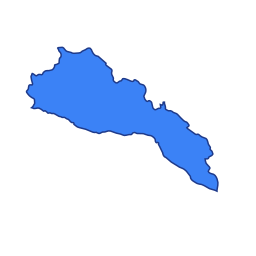 an SVG outline of Cajamarca, rotated 128°
{"feature_id": "PER-578", "entity_name": "Cajamarca", "entity_type": "Department", "adm_level": 1, "iso_a3": "PER", "parent_name": "Peru", "parent_adm1": "", "projection": "equal_earth", "projection_center": [-78.825, -6.177], "detail": "fine", "context": "isolated", "style": "filled", "palette": "blue", "viewbox_px": 256, "rotation_deg": 128, "n_neighbors": 0, "source": "natural_earth", "source_scale": "10m", "svg_char_len": 5140}
<svg xmlns="http://www.w3.org/2000/svg" viewBox="0 0 256 256"><g transform="rotate(128 128 128)"><path d="M104.9,48.2L106.4,46.6L107.7,44.7L108.0,43.3L108.6,39.9L109.1,38.8L110.2,38.5L111.5,38.4L112.7,38.1L113.2,36.7L113.0,35.1L111.8,32.0L111.8,30.1L112.4,28.2L113.3,26.5L115.6,23.6L117.8,22.0L122.4,19.5L123.0,19.0L123.6,21.4L125.6,26.4L126.5,32.6L127.2,35.3L128.4,37.5L129.1,39.3L129.3,40.2L129.7,43.9L129.7,45.0L129.6,46.1L129.2,47.3L128.8,48.0L127.9,48.9L127.6,49.5L126.3,54.5L126.0,56.3L126.0,57.5L126.0,58.7L126.2,59.9L127.2,63.5L127.4,65.8L128.2,72.9L127.9,79.0L127.9,80.2L128.0,80.7L128.2,81.4L128.1,81.9L128.0,82.5L127.5,83.7L126.6,85.0L126.3,85.2L126.1,85.6L123.5,90.9L123.4,91.0L122.3,93.5L122.1,93.9L121.9,94.1L121.2,94.4L121.0,94.7L120.9,95.0L121.0,95.5L121.1,95.8L121.8,96.2L122.0,96.4L122.1,96.8L122.1,97.2L121.5,98.4L121.3,98.6L121.2,98.7L120.7,99.0L120.3,99.5L120.1,99.8L120.0,100.3L119.6,101.6L119.6,102.5L119.7,104.5L120.1,105.6L121.1,107.3L121.4,107.8L121.7,108.8L122.0,109.4L122.8,111.9L123.2,112.7L126.6,117.3L126.9,117.9L127.0,118.3L127.2,119.4L127.3,119.7L127.5,120.1L127.9,120.4L128.6,121.0L129.3,121.2L129.8,121.2L130.4,121.2L130.7,121.2L131.4,121.6L132.5,123.1L134.8,125.0L136.1,126.3L136.6,127.5L137.4,130.2L139.2,134.0L141.2,140.0L142.5,141.8L145.4,143.8L146.9,145.6L149.4,146.8L150.1,147.4L150.4,148.0L150.9,149.8L150.9,150.2L152.3,151.9L152.9,153.1L155.0,160.5L157.7,166.7L158.2,168.1L158.4,169.4L158.4,172.5L158.3,173.0L157.9,173.2L157.6,173.5L157.4,174.2L157.5,174.5L158.2,175.5L158.4,176.0L158.4,177.3L158.1,178.8L157.9,180.2L158.5,182.1L158.6,183.8L158.7,184.5L159.4,185.4L160.2,186.4L160.4,187.7L161.3,189.6L162.0,194.3L162.2,195.3L162.7,196.0L163.2,196.6L163.7,197.3L163.9,198.3L164.1,198.9L164.4,199.2L164.8,199.4L165.2,199.8L165.6,200.5L165.5,201.0L165.4,201.5L165.4,203.3L165.4,203.7L165.7,204.2L166.0,204.5L166.4,204.5L166.6,204.7L166.7,205.4L166.7,207.7L167.1,210.3L168.1,211.7L169.4,212.8L170.6,214.1L170.9,215.2L171.4,216.5L170.0,216.2L169.4,216.2L167.7,216.5L167.2,216.5L166.5,216.6L165.8,216.9L163.1,219.3L162.9,220.1L162.9,220.8L163.2,222.3L163.3,223.8L163.3,225.5L162.9,227.7L162.3,229.8L161.9,230.3L161.4,230.6L159.4,230.5L158.7,230.6L155.9,232.1L155.3,232.2L154.6,232.0L154.1,231.5L153.4,230.5L153.1,230.1L152.5,230.1L151.8,230.5L149.5,233.6L147.5,235.8L146.8,236.3L145.4,236.5L144.9,236.9L144.0,237.0L143.7,236.0L143.6,233.4L143.5,232.8L143.3,232.4L142.8,232.1L141.8,231.8L140.9,231.4L140.1,230.5L139.7,229.8L139.4,229.1L138.9,228.7L138.4,228.5L136.2,228.9L134.0,228.3L132.9,227.4L131.4,225.6L129.2,223.8L128.5,223.5L127.6,223.3L126.0,223.4L125.1,223.6L124.5,223.9L123.6,224.5L123.2,224.5L122.9,224.3L121.7,223.3L119.7,222.4L119.1,222.4L118.9,222.5L117.6,223.5L115.6,224.7L114.7,224.8L113.4,224.7L113.0,224.8L112.1,225.3L111.2,226.0L110.9,226.4L110.4,227.2L110.2,227.8L110.1,228.2L109.9,229.4L109.8,229.7L109.7,230.0L109.5,230.3L109.3,230.5L109.1,230.7L109.0,231.0L108.3,232.6L108.0,232.6L107.6,232.4L105.0,229.6L104.7,229.0L104.6,227.9L104.8,227.1L105.2,225.3L105.3,224.8L105.3,224.1L105.2,223.3L105.0,222.7L103.5,219.3L103.4,218.8L103.3,218.2L102.9,217.3L102.1,216.2L99.3,213.1L98.1,212.0L96.5,211.5L95.7,211.4L92.4,209.7L90.3,209.0L89.4,208.3L89.0,207.9L88.7,207.3L88.5,206.8L88.9,204.9L89.3,204.3L89.8,203.3L90.4,202.0L90.8,200.7L90.9,199.9L91.0,199.1L90.9,198.2L90.7,197.5L89.9,195.6L90.5,185.2L91.1,185.1L91.4,184.9L91.7,184.5L91.9,184.0L92.0,182.9L91.9,177.4L92.1,176.7L92.5,176.1L93.4,175.5L94.7,174.9L95.8,173.8L97.5,170.5L98.1,169.9L99.0,169.4L99.4,169.0L99.7,168.4L99.9,167.7L99.9,166.8L99.9,166.0L99.8,165.2L99.3,164.6L98.9,164.2L96.4,163.5L94.9,162.4L93.7,162.4L92.5,162.5L91.8,161.9L91.1,160.8L90.2,158.2L89.3,154.7L89.0,153.9L88.5,153.1L87.8,152.6L87.2,152.5L86.7,152.7L86.2,152.7L85.7,152.1L85.5,151.6L85.2,148.5L85.7,146.8L85.8,146.0L85.8,145.3L85.5,144.7L84.8,142.9L84.6,142.3L84.6,141.6L84.8,140.7L85.2,139.7L85.7,138.8L86.5,137.8L87.1,137.3L87.9,136.7L89.1,136.1L93.2,135.1L94.9,132.5L95.4,130.6L95.4,129.8L95.2,129.2L94.5,128.7L93.8,128.5L93.2,127.8L93.1,127.0L93.1,126.2L93.2,125.5L93.5,124.9L96.5,121.2L96.8,120.7L97.0,120.0L97.1,119.3L97.1,118.5L96.9,117.9L96.4,117.4L95.7,117.0L94.5,116.5L93.5,115.9L93.2,115.5L92.9,115.1L92.4,114.8L91.9,114.8L91.3,115.1L90.7,115.9L89.6,117.0L89.4,116.4L89.3,116.1L89.2,115.5L88.9,115.2L88.3,115.0L87.5,115.3L86.9,115.6L86.4,116.0L85.9,116.1L85.2,115.2L86.1,114.5L87.9,112.0L88.5,111.4L89.0,110.9L89.5,110.7L90.1,109.6L89.6,106.9L88.9,105.9L88.3,105.2L88.2,105.1L88.2,104.9L88.0,104.4L87.8,103.7L87.8,101.9L87.6,101.2L87.0,99.2L86.8,98.5L86.8,97.3L87.5,92.8L87.9,89.0L87.9,87.7L87.8,87.3L87.8,86.9L87.4,85.9L87.3,85.2L87.3,84.8L87.4,84.5L87.5,83.9L88.2,81.7L88.5,81.5L88.9,81.3L89.9,81.4L90.4,81.6L90.9,81.8L91.6,81.8L91.8,80.4L91.4,70.9L91.0,70.2L90.6,69.7L90.1,69.4L89.7,68.8L89.6,67.9L89.7,66.2L89.6,65.1L89.5,64.1L88.3,60.2L88.4,59.2L88.8,58.1L90.1,56.2L91.0,55.1L91.5,54.1L92.4,51.5L93.0,50.8L93.6,50.6L94.1,50.4L94.4,49.4L94.6,47.7L95.0,46.9L96.2,45.1L97.5,45.0L98.4,45.2L100.1,46.0L101.0,46.3L101.5,46.3L102.3,46.0L102.8,46.1L103.4,46.4L103.9,47.0L104.9,48.2Z" fill="#3b82f6" stroke="#1e3a8a" stroke-width="1.5"/></g></svg>